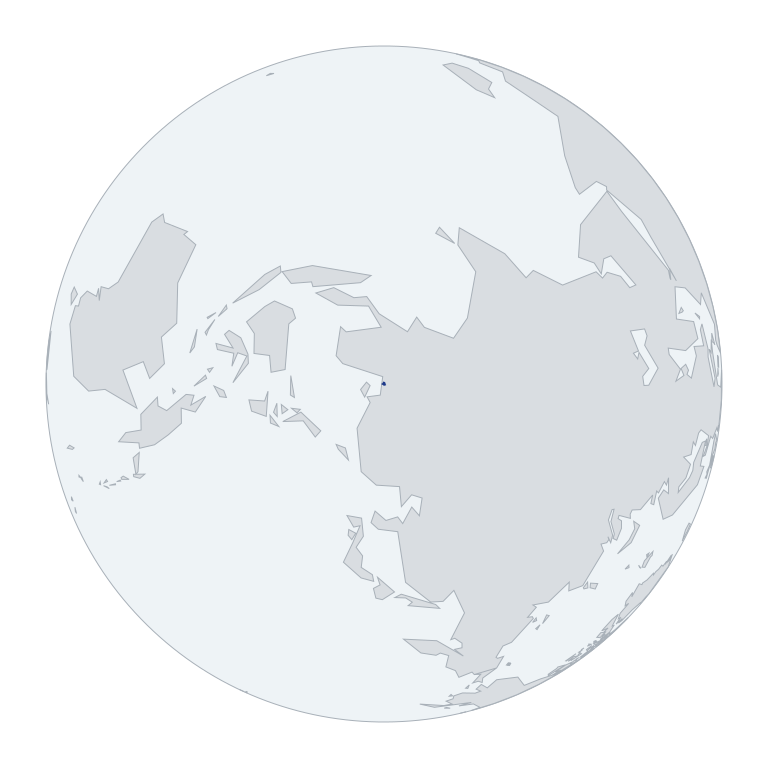 the Earth from above Hải Phòng, rotated 136°
{"feature_id": "VNM-4600", "entity_name": "Hải Phòng", "entity_type": "Province", "adm_level": 1, "iso_a3": "VNM", "parent_name": "Vietnam", "parent_adm1": "", "projection": "orthographic", "projection_center": [106.633, 20.813], "detail": "fine", "context": "on_globe", "style": "filled", "palette": "blue", "viewbox_px": 768, "rotation_deg": 136, "n_neighbors": 0, "source": "natural_earth", "source_scale": "10m", "svg_char_len": 11595}
<svg xmlns="http://www.w3.org/2000/svg" viewBox="0 0 768 768"><g transform="rotate(136 384 384)"><circle cx="384" cy="384" r="338" fill="#eef3f6" stroke="#a8b0b8"/><path d="M695.1,504.4L694.6,506.5L694.4,506.9L695.1,504.4ZM548.0,88.5L539.6,84.7L541.9,91.7L553.7,100.4L542.4,94.3L572.3,116.4L580.6,128.9L564.3,111.1L557.4,106.6L559.6,112.7L553.0,109.6L550.3,111.1L542.1,107.2L533.2,98.3L527.8,95.9L529.7,100.5L522.7,100.3L520.8,93.7L508.4,93.0L491.3,80.2L492.5,69.8L476.2,63.1L459.5,54.8L454.2,53.9L444.5,51.6L434.8,50.0L434.5,49.9L458.2,54.3L481.5,60.5L504.3,68.2L526.5,77.6L548.0,88.5ZM433.0,49.6L427.0,48.9L429.2,49.4L426.6,49.4L421.1,48.8L419.7,48.2L422.2,48.4L419.0,48.0L420.6,48.1L416.7,47.7L416.3,47.6L433.0,49.6ZM411.7,47.2L408.5,47.0L402.6,46.6L411.7,47.2ZM700.2,264.7L698.3,259.9L698.6,260.6L700.2,264.7ZM697.3,257.6L698.0,259.4L697.5,258.2L697.3,257.6ZM697.2,257.7L697.3,257.6L697.5,258.5L697.2,257.7ZM697.5,259.0L697.2,258.0L697.4,258.4L697.5,259.0ZM696.8,258.7L696.6,258.4L696.1,256.8L696.8,258.7ZM557.8,94.2L556.4,93.4L552.7,91.2L552.8,91.3L557.8,94.2ZM563.7,107.9L561.6,104.8L565.9,109.0L563.7,107.9ZM551.3,112.0L554.0,114.1L551.4,114.1L551.3,112.0ZM536.6,108.5L531.7,108.3L535.2,106.8L536.6,108.5ZM527.8,107.3L516.0,108.0L520.9,112.3L500.2,101.5L517.2,103.9L520.7,101.1L522.7,104.7L527.8,107.3ZM432.2,49.9L429.7,49.3L436.9,50.5L432.2,49.9ZM437.5,50.8L463.4,56.4L464.4,57.6L455.5,55.2L460.9,58.0L448.7,55.7L443.0,53.7L444.7,53.2L438.7,52.9L437.5,50.8ZM490.7,95.9L486.5,95.1L489.2,94.3L490.7,95.9ZM426.1,49.5L431.3,50.2L432.5,51.2L422.5,50.1L425.3,50.0L426.1,49.5ZM468.4,60.1L467.5,61.1L457.3,59.4L455.6,59.7L448.5,55.9L468.4,60.1ZM422.2,49.5L417.3,49.5L411.7,48.7L421.2,48.9L422.2,49.5ZM437.1,52.1L437.2,52.7L433.9,51.9L437.1,52.1ZM389.0,46.8L395.2,47.0L396.3,47.4L389.0,46.8ZM415.9,49.7L417.8,50.0L419.0,50.4L414.7,50.3L415.9,49.7ZM441.8,55.2L437.8,54.6L444.2,56.7L436.9,56.0L433.5,53.8L431.9,54.5L429.6,54.4L429.3,52.8L441.8,55.2ZM413.8,51.5L406.9,49.3L395.3,48.5L393.9,48.0L412.9,49.4L413.8,51.5ZM422.9,52.3L417.0,51.6L418.3,50.9L423.2,51.0L422.9,52.3ZM433.2,56.6L445.3,58.1L445.6,58.6L433.2,56.6ZM410.1,51.3L411.9,51.9L409.2,51.4L410.1,51.3ZM425.8,55.0L430.0,55.3L430.3,55.8L425.8,55.0ZM411.8,53.1L409.6,52.2L412.9,52.1L411.8,53.1ZM418.0,54.0L417.4,54.7L415.4,52.6L419.9,54.1L418.0,54.0ZM425.4,55.4L426.9,55.9L423.5,55.2L425.4,55.4ZM400.8,54.5L397.5,51.9L404.7,51.4L406.9,53.9L400.8,54.5ZM120.5,172.4L117.4,180.5L115.0,185.1L104.8,197.4L92.4,229.2L101.1,221.3L100.6,243.9L107.1,251.8L128.5,227.6L117.9,213.8L126.7,198.6L143.8,198.5L154.6,212.4L158.4,207.1L160.5,188.7L172.1,183.2L162.3,181.8L159.5,188.8L153.3,188.6L155.4,182.4L159.4,180.4L158.8,174.7L139.8,187.2L134.9,195.6L127.5,189.4L118.7,203.3L113.5,206.4L126.4,184.3L132.1,178.3L148.6,152.7L141.9,158.1L125.9,183.2L126.8,179.5L117.7,188.7L125.4,178.8L144.6,151.6L144.0,147.8L131.3,159.7L156.3,134.3L152.9,137.8L160.6,131.2L176.0,118.1L172.0,122.1L177.1,118.1L175.0,121.3L185.4,116.5L185.3,119.4L202.3,109.6L204.6,110.2L193.9,115.5L186.4,121.4L187.7,130.8L191.7,130.2L202.7,123.4L201.7,127.5L212.1,119.9L219.2,123.3L219.3,113.3L232.1,106.7L243.4,105.2L247.7,101.6L229.3,104.4L221.9,107.3L215.6,112.5L195.6,120.9L192.3,119.7L213.4,105.3L211.1,102.5L228.5,93.8L267.5,89.4L277.2,92.8L266.0,111.3L256.3,113.5L255.5,107.6L244.4,118.9L251.0,115.1L250.1,119.0L262.2,115.0L262.2,117.6L273.8,109.8L275.1,112.6L267.8,117.5L286.8,115.5L293.0,121.0L297.3,119.4L300.1,116.2L306.2,126.2L309.1,124.6L308.2,120.6L313.5,115.2L325.1,110.0L326.5,113.7L322.5,116.1L316.3,127.4L305.5,134.1L307.2,135.2L317.0,130.3L324.6,116.4L331.2,112.3L329.0,118.6L330.3,115.9L334.0,115.1L339.1,118.1L342.1,111.3L381.1,100.9L394.8,106.8L388.4,112.8L417.2,112.9L430.4,121.6L429.5,117.6L442.8,116.4L438.9,113.5L439.5,111.6L471.7,109.6L480.4,112.9L493.3,109.6L492.9,107.8L487.2,105.0L500.2,101.5L520.9,112.3L520.8,115.6L533.9,121.0L531.7,128.2L536.0,137.5L526.1,143.7L530.4,151.3L535.0,152.7L544.3,164.9L547.2,186.9L524.4,162.7L515.9,133.2L517.6,144.1L511.1,140.1L507.9,143.4L509.7,151.9L513.6,153.7L485.1,163.4L477.1,187.0L492.5,186.6L501.9,194.7L506.3,226.3L476.7,268.2L489.0,283.5L489.6,293.3L478.7,298.8L477.4,284.5L466.5,278.9L467.5,270.6L449.5,276.2L450.1,264.6L435.8,275.5L441.1,285.1L456.7,283.7L444.1,299.4L459.8,316.6L461.3,336.8L434.1,370.9L406.8,380.3L405.1,386.5L394.4,378.6L379.8,390.2L399.5,427.3L398.8,437.6L375.4,455.4L375.0,447.8L346.6,426.8L341.0,450.8L362.5,472.9L369.8,496.8L353.2,488.2L345.7,467.0L335.7,458.9L338.7,437.9L330.8,405.3L314.0,409.4L315.6,396.7L302.2,368.6L278.2,373.5L240.0,401.0L234.3,432.7L221.3,444.1L206.6,393.7L208.0,361.7L197.7,362.0L186.8,331.1L153.5,317.4L153.2,308.4L145.9,309.4L139.0,297.1L140.3,282.6L134.0,280.3L131.7,318.6L138.9,321.4L151.2,312.3L148.7,325.0L156.0,340.1L131.9,362.1L89.8,367.8L93.2,343.3L100.4,268.2L104.4,262.0L104.8,261.2L105.3,259.7L98.2,269.0L102.0,255.1L90.0,304.2L84.7,323.7L89.1,368.9L86.8,371.4L90.5,382.2L111.6,384.7L110.0,392.4L95.5,422.6L73.0,455.7L80.4,490.7L86.2,517.5L81.9,526.1L92.1,548.5L91.3,550.8L97.8,562.6L102.7,571.2L102.8,571.3L90.3,551.1L79.3,530.1L69.8,508.4L61.8,486.0L55.5,463.2L50.7,439.9L47.6,416.4L46.2,392.7L46.4,369.0L48.3,345.3L51.8,321.9L57.0,298.7L63.8,276.0L72.2,253.8L82.1,232.2L93.5,211.4L106.3,191.4L120.5,172.4ZM158.3,242.6L169.9,251.0L178.0,231.0L183.2,232.9L184.1,225.8L178.6,229.6L182.8,211.2L192.6,209.8L198.0,202.3L194.4,199.2L175.8,205.0L169.6,230.8L161.3,235.9L158.3,242.6ZM207.8,96.7L202.7,100.3L197.0,103.5L197.2,102.5L205.5,97.5L207.8,96.7ZM196.8,104.8L217.6,92.3L218.3,93.3L214.4,94.7L212.8,96.6L206.0,99.5L186.3,113.8L180.0,117.9L183.9,112.1L186.1,111.4L190.9,107.5L196.8,104.8ZM269.6,66.9L278.6,63.8L268.5,69.6L261.2,72.0L260.9,70.4L269.4,66.7L269.6,66.9ZM389.7,46.1L395.2,46.3L413.9,47.6L413.9,48.1L408.9,48.2L404.3,48.0L405.8,47.5L398.7,47.6L397.4,46.8L391.8,46.8L370.6,46.3L371.4,46.3L389.7,46.1ZM340.2,48.9L339.6,49.2L346.3,48.3L347.8,48.4L341.9,49.1L352.0,48.1L351.7,48.6L362.4,49.1L377.1,48.6L381.4,49.2L375.5,49.7L383.9,50.1L375.7,51.6L378.6,52.3L373.4,55.0L360.4,56.2L364.6,57.0L360.8,59.6L350.0,61.4L353.6,58.8L339.2,63.0L337.8,60.5L336.2,61.2L330.9,60.3L321.7,60.7L322.7,59.5L318.7,60.2L315.1,60.0L310.0,60.8L309.9,59.2L303.6,60.2L307.1,58.9L296.3,61.3L304.3,58.9L300.4,59.1L294.7,61.3L306.4,55.1L340.2,48.9ZM398.9,55.2L383.6,56.2L375.3,55.6L387.9,51.4L386.4,50.6L394.1,48.8L406.0,49.9L402.7,50.2L402.2,50.8L398.7,50.2L401.2,51.2L396.7,51.8L397.4,52.9L392.3,52.8L398.9,55.2ZM118.8,182.3L118.2,184.6L118.6,186.7L112.9,193.0L118.8,182.3ZM131.6,163.6L131.9,164.2L124.0,173.2L124.7,171.2L131.6,163.6ZM138.9,157.5L132.6,163.6L136.4,159.1L138.9,157.5ZM194.9,116.1L196.1,116.8L193.6,118.7L189.8,120.4L194.9,116.1ZM306.9,76.7L310.3,74.4L312.3,74.5L323.7,70.9L325.6,73.0L319.5,75.9L306.9,76.7ZM122.8,229.9L117.0,232.6L117.8,228.8L119.6,228.6L122.8,229.9ZM111.7,211.7L111.0,219.1L110.1,213.3L111.7,211.7ZM310.9,78.3L315.4,76.5L313.6,78.8L310.9,78.3ZM327.6,74.4L326.7,76.8L327.2,72.9L327.6,74.4ZM247.4,683.8L254.5,687.5L250.0,686.4L247.4,683.8ZM113.2,531.5L119.9,572.4L112.1,567.5L104.0,552.5L97.0,526.0L103.9,523.6L105.5,513.1L113.2,531.5ZM455.2,552.1L465.3,553.4L464.9,554.8L455.2,552.1ZM444.6,547.2L456.3,547.7L442.6,550.3L444.6,547.2ZM460.8,547.9L472.6,545.0L477.7,542.6L476.8,545.5L460.8,547.9ZM436.7,547.3L393.6,545.6L376.6,540.9L380.6,535.9L408.2,538.6L436.7,547.3ZM379.2,535.6L353.2,518.9L317.9,471.0L330.5,473.2L367.5,503.4L365.2,507.8L380.9,520.8L379.2,535.6ZM442.2,510.4L439.7,524.2L415.9,522.5L405.1,519.8L397.7,501.7L401.9,492.8L410.7,493.4L445.1,463.1L457.1,470.9L446.5,484.0L456.3,496.3L442.2,510.4ZM235.5,436.0L242.1,456.5L235.2,458.2L235.5,436.0ZM459.0,441.1L445.2,454.8L457.8,436.5L459.0,441.1ZM466.6,423.7L467.4,430.8L461.8,423.9L466.6,423.7ZM404.7,396.3L395.3,397.5L395.1,392.5L407.0,388.0L404.7,396.3ZM462.4,354.0L462.2,368.8L460.4,373.8L456.2,364.8L462.4,354.0ZM334.0,99.6L315.9,101.6L304.2,105.7L299.7,111.8L298.3,104.7L316.4,98.2L334.0,99.6ZM375.1,100.1L379.0,95.7L382.5,97.7L382.1,99.0L375.1,100.1ZM373.8,97.3L368.9,92.0L374.5,89.8L377.3,94.3L373.8,97.3ZM339.2,83.4L333.7,83.6L335.3,81.7L339.2,83.4ZM616.2,628.7L617.0,628.5L607.4,637.4L595.3,647.5L586.6,653.5L616.2,628.7ZM539.5,668.9L542.1,661.6L553.8,658.5L546.5,666.0L539.5,668.9ZM624.3,620.9L633.1,611.4L639.3,602.4L634.8,609.7L638.1,606.7L619.0,626.8L624.3,620.9ZM504.4,642.0L438.6,661.8L424.8,659.8L429.6,652.6L419.4,630.1L424.1,630.6L422.6,614.9L462.2,600.0L490.9,571.7L511.5,572.4L527.9,551.1L548.7,550.8L541.6,567.3L562.1,575.4L578.6,538.1L588.4,573.9L601.4,584.1L601.8,605.1L568.3,645.3L551.6,654.7L549.6,652.3L542.4,656.7L532.9,657.0L530.0,646.8L522.8,651.1L530.9,641.8L519.9,650.5L516.0,643.9L504.4,642.0ZM651.3,553.3L653.6,553.4L656.4,557.9L652.7,558.4L651.3,553.3ZM689.0,515.6L689.2,517.8L687.1,520.1L689.0,515.6ZM694.4,506.9L691.9,510.1L695.1,504.4L694.4,506.9ZM667.1,527.2L668.0,529.0L666.9,530.2L667.1,527.2ZM666.2,526.8L668.1,522.6L667.5,526.4L666.2,526.8ZM656.1,510.8L657.8,508.4L658.4,509.7L656.1,510.8ZM480.3,553.3L494.6,542.4L502.2,541.2L480.3,553.3ZM654.1,507.3L650.1,508.1L650.6,505.9L654.1,507.3ZM654.6,502.4L654.3,499.6L656.4,505.7L654.6,502.4ZM647.1,498.0L651.9,501.9L646.5,498.8L647.1,498.0ZM644.1,499.5L640.5,498.1L640.8,497.1L644.1,499.5ZM601.2,511.9L615.0,526.8L603.5,528.4L590.7,519.6L580.0,531.1L556.1,532.0L561.8,525.2L558.8,515.8L533.6,514.0L528.5,507.9L537.6,503.0L520.8,498.9L539.2,494.9L546.6,507.6L557.0,496.5L574.6,497.3L591.3,499.7L604.5,507.6L601.2,511.9ZM539.0,523.7L542.2,523.5L539.3,527.6L539.0,523.7ZM633.6,492.5L638.9,497.6L638.2,499.3L635.6,498.9L633.6,492.5ZM607.6,504.8L621.9,491.8L625.2,491.4L615.7,505.2L607.6,504.8ZM618.6,485.3L625.1,485.7L628.4,491.2L627.0,493.1L618.6,485.3ZM501.4,513.6L500.7,517.3L495.8,514.6L501.4,513.6ZM507.7,511.2L522.2,514.5L506.3,514.4L507.7,511.2ZM463.2,499.4L467.5,508.1L481.1,502.4L470.7,510.5L479.9,524.5L476.7,529.9L467.6,514.7L464.2,530.5L458.2,530.2L454.9,516.7L461.1,500.0L467.2,493.1L491.8,489.9L463.2,499.4ZM507.7,500.7L503.8,490.7L506.7,483.8L510.9,489.0L507.7,500.7ZM492.2,466.4L481.7,454.7L472.4,459.4L491.2,442.5L498.1,456.5L492.2,466.4ZM483.1,440.4L474.4,444.6L483.4,434.8L483.1,440.4ZM472.1,440.6L471.0,432.3L477.9,433.4L472.1,440.6ZM487.7,440.7L489.2,426.5L492.8,434.8L487.7,440.7ZM467.7,413.6L482.9,427.3L463.3,421.5L462.0,394.2L470.3,393.6L467.7,413.6ZM510.4,303.8L508.0,296.3L515.3,294.4L514.9,300.1L510.4,303.8ZM537.0,284.0L516.5,291.6L499.7,298.7L505.2,302.1L502.0,315.1L493.3,303.1L504.6,288.8L517.5,285.9L518.8,275.2L527.8,267.9L524.8,254.9L528.5,249.2L535.2,260.4L537.0,284.0ZM522.9,249.5L520.9,227.1L535.0,230.0L538.6,235.6L533.6,244.3L526.4,242.2L522.9,249.5ZM524.5,222.8L517.6,220.8L500.0,189.5L499.8,183.9L520.6,207.8L515.2,207.4L517.0,215.0L524.5,222.8ZM488.2,97.1L486.7,95.3L490.3,96.9L488.2,97.1ZM437.0,110.1L438.5,107.8L442.7,109.3L437.0,110.1ZM444.8,102.6L439.0,102.4L444.5,101.0L444.8,102.6ZM426.1,102.6L436.4,101.5L427.4,104.9L426.1,102.6Z" fill="#d9dde1" stroke="#a8b0b8" stroke-width="1"/><path d="M384.1,382.8L384.3,382.9L384.2,382.9L384.2,383.0L384.3,383.2L384.6,383.2L384.7,383.3L384.6,383.5L384.4,383.6L384.5,383.7L384.6,383.8L384.6,384.1L384.6,384.3L384.8,384.4L384.9,384.5L385.0,384.8L384.8,384.7L384.7,384.6L384.4,384.7L384.2,384.7L384.3,384.8L384.3,385.0L384.2,385.0L383.9,385.1L383.8,384.9L383.7,384.9L383.8,385.0L383.7,385.0L383.4,385.2L383.2,385.2L383.1,385.3L383.0,385.2L382.9,384.8L382.8,384.6L383.0,384.5L383.5,384.2L383.4,384.0L383.3,383.9L383.2,383.9L383.2,383.7L383.3,383.7L383.5,383.6L383.4,383.4L383.5,383.3L383.5,383.2L383.8,383.1L383.8,382.7L384.1,382.8L384.1,382.8Z" fill="#3b82f6" stroke="#1e3a8a" stroke-width="1.5"/></g></svg>